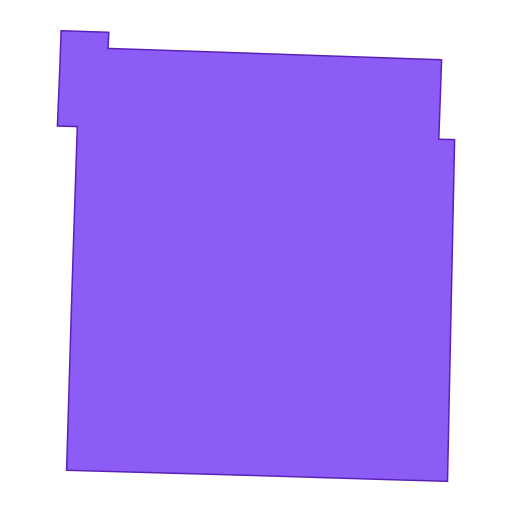 Polk, Missouri, United States of America
{"feature_id": "52423323B27276751981005", "entity_name": "Polk", "entity_type": "district", "adm_level": 2, "iso_a3": "USA", "parent_name": "United States of America", "parent_adm1": "Missouri", "projection": "albers", "projection_center": [-93.444, 37.623], "detail": "fine", "context": "isolated", "style": "filled", "palette": "violet", "viewbox_px": 512, "rotation_deg": 0, "n_neighbors": 0, "source": "geoboundaries", "source_scale": "gbopen_adm2", "svg_char_len": 312}
<svg xmlns="http://www.w3.org/2000/svg" viewBox="0 0 512 512"><path d="M447.5,481.3L454.6,139.6L438.8,139.3L441.6,59.8L108.0,48.4L108.8,32.3L61.1,30.7L59.9,66.1L57.4,126.0L77.3,126.6L73.3,247.8L71.3,311.5L66.6,470.3L226.2,474.7L387.9,479.6L447.5,481.3Z" fill="#8b5cf6" stroke="#5b21b6" stroke-width="1.5"/></svg>